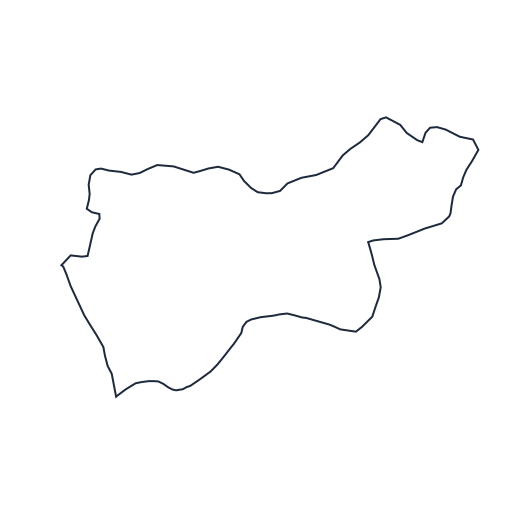 outline of Pakan, Sarawak, Malaysia, rotated 286°
{"feature_id": "92858781B78593379458192", "entity_name": "Pakan", "entity_type": "district", "adm_level": 2, "iso_a3": "MYS", "parent_name": "Malaysia", "parent_adm1": "Sarawak", "projection": "orthographic", "projection_center": [111.704, 1.792], "detail": "fine", "context": "isolated", "style": "outline", "palette": "slate", "viewbox_px": 512, "rotation_deg": 286, "n_neighbors": 0, "source": "geoboundaries", "source_scale": "gbopen_adm2", "svg_char_len": 1714}
<svg xmlns="http://www.w3.org/2000/svg" viewBox="0 0 512 512"><g transform="rotate(286 256 256)"><path d="M338.6,425.6L347.3,430.8L350.8,431.2L358.8,430.0L367.3,429.0L375.3,430.0L380.3,433.5L388.8,433.5L396.8,434.5L406.8,437.5L419.3,440.5L422.1,437.9L427.8,432.5L426.8,419.0L429.8,403.5L429.8,394.5L427.3,388.0L421.3,385.0L411.3,384.5L411.8,379.0L415.8,367.0L421.8,358.5L425.1,342.8L421.9,338.0L403.0,330.6L393.7,324.5L385.0,317.2L376.7,311.7L361.7,306.0L350.5,291.6L343.7,278.1L334.5,266.3L325.2,261.2L320.7,253.8L319.1,248.4L317.8,240.0L320.1,232.4L324.9,223.7L330.0,217.6L331.6,206.1L331.3,194.9L327.1,186.3L322.3,178.9L318.8,173.1L319.4,152.0L316.2,136.0L309.8,128.0L303.7,121.3L299.9,113.9L299.6,103.0L297.6,91.2L297.3,82.9L295.1,78.1L294.2,77.6L288.0,74.5L278.4,75.5L269.8,79.0L263.7,80.0L254.8,80.3L252.8,86.1L253.2,93.8L248.7,95.4L240.0,93.4L233.0,92.8L209.6,94.1L207.4,88.9L205.5,77.7L193.5,71.5L192.7,73.6L185.9,79.0L176.0,86.1L151.7,107.2L144.6,114.9L136.0,124.5L126.4,134.4L118.7,138.2L109.4,143.7L103.0,149.8L82.2,160.3L84.5,161.9L92.1,167.7L100.5,175.4L103.3,180.8L106.2,187.5L107.5,192.0L108.5,196.8L107.5,202.3L105.6,207.7L104.6,212.8L104.9,216.3L107.8,222.4L111.0,225.6L112.9,228.5L121.3,235.5L132.5,244.2L140.8,248.7L150.4,252.8L158.4,256.0L165.4,258.9L173.1,261.5L177.9,263.1L184.3,262.8L190.1,265.0L193.6,268.8L198.4,277.2L203.5,289.3L206.4,294.8L209.3,301.8L209.6,309.8L209.6,317.2L210.3,321.3L210.3,346.0L209.6,351.4L208.7,357.2L210.8,372.9L217.2,377.5L229.7,384.5L241.7,385.0L250.2,385.5L260.3,384.5L267.8,381.0L280.3,372.0L288.3,367.5L294.8,363.5L300.3,360.0L303.3,364.5L307.3,374.0L311.8,388.0L318.3,397.0L328.8,410.5L338.6,425.6Z" fill="none" stroke="#1e293b" stroke-width="2"/></g></svg>